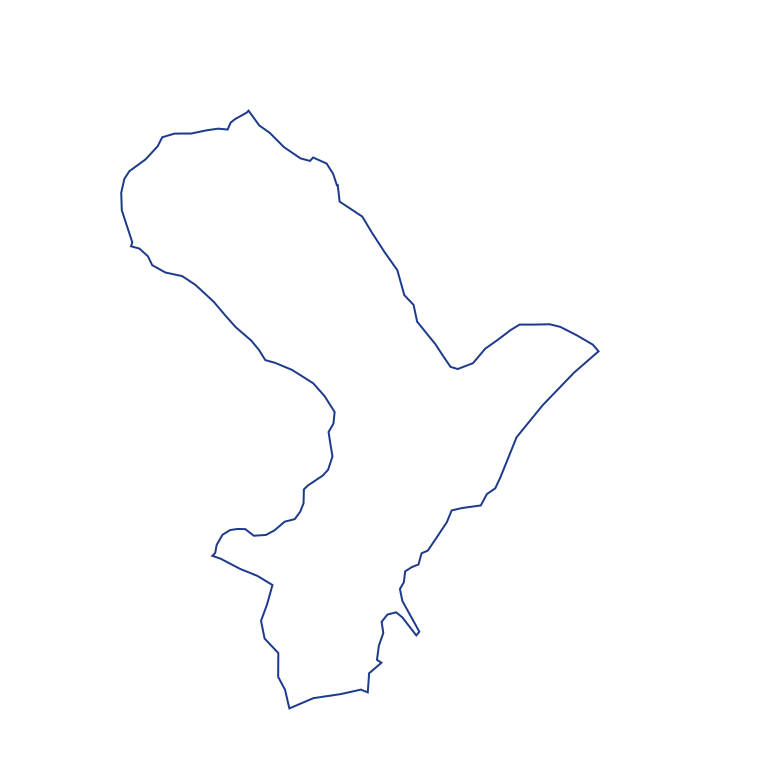 the district of Lemesos, Limassol, Cyprus, rotated 347°
{"feature_id": "46923920B90408698000356", "entity_name": "Lemesos", "entity_type": "district", "adm_level": 2, "iso_a3": "CYP", "parent_name": "Cyprus", "parent_adm1": "Limassol", "projection": "albers", "projection_center": [33.018, 34.691], "detail": "fine", "context": "isolated", "style": "outline", "palette": "blue", "viewbox_px": 768, "rotation_deg": 347, "n_neighbors": 0, "source": "geoboundaries", "source_scale": "gbopen_adm2", "svg_char_len": 1884}
<svg xmlns="http://www.w3.org/2000/svg" viewBox="0 0 768 768"><g transform="rotate(347 384 384)"><path d="M298.8,680.8L301.0,673.8L304.4,662.5L318.8,655.0L315.1,651.2L320.2,637.7L327.3,626.5L328.2,615.2L335.5,609.4L344.5,609.2L349.3,615.4L358.9,636.2L362.7,633.3L353.1,599.6L353.4,587.3L358.7,581.7L362.5,571.3L369.8,568.7L377.0,567.6L382.5,557.4L389.2,556.2L402.5,543.8L414.2,532.7L421.5,522.4L432.0,522.4L451.0,524.1L459.5,514.4L468.9,510.7L476.3,501.3L501.2,465.7L533.5,440.6L571.5,415.8L600.4,400.4L600.2,400.1L596.4,392.7L582.8,379.9L568.6,368.0L559.0,363.1L545.7,360.3L542.8,359.7L529.5,356.6L519.3,360.0L515.2,361.9L503.2,367.2L490.7,372.3L475.4,383.7L459.2,386.0L452.7,382.3L447.6,369.2L443.1,356.9L430.3,330.7L430.6,313.6L423.8,302.0L422.6,276.1L414.4,256.1L406.2,233.6L400.5,216.0L381.8,196.3L383.8,178.7L382.9,180.8L381.7,167.7L377.7,156.3L365.9,147.4L362.0,150.0L353.3,145.3L339.8,130.7L329.2,113.6L320.6,104.0L314.4,89.3L313.5,87.2L311.3,88.7L298.4,92.4L293.4,94.8L288.9,100.9L279.9,97.9L268.3,96.9L252.7,96.6L236.3,92.9L223.4,93.7L217.0,101.4L202.2,111.5L183.7,119.4L177.1,125.8L170.9,138.7L170.9,138.9L167.6,155.8L169.7,179.1L170.6,189.4L168.5,192.9L176.1,197.0L182.7,206.4L184.9,216.1L196.1,226.2L211.6,233.5L222.3,244.7L228.9,254.2L236.8,266.0L245.3,282.5L252.3,295.3L264.4,311.8L269.8,322.6L273.7,334.0L282.8,339.0L297.6,349.6L315.2,367.4L323.4,382.5L329.6,400.1L325.9,411.1L319.2,418.3L318.2,431.6L317.5,443.0L310.2,455.0L303.8,459.4L286.9,465.8L282.2,468.7L278.8,482.1L273.6,489.6L266.6,495.6L256.2,495.8L244.3,502.0L235.1,504.5L223.1,502.6L216.2,494.2L208.7,492.3L201.2,491.7L192.7,494.6L184.8,503.1L181.5,510.7L178.1,512.8L185.4,517.4L202.1,531.7L217.6,542.6L230.1,554.8L220.5,572.4L210.9,587.1L210.4,605.2L220.5,622.4L215.0,645.5L218.8,659.8L218.8,678.8L244.5,674.2L271.8,676.4L292.7,676.6L298.8,680.8Z" fill="none" stroke="#1e3a8a" stroke-width="2"/></g></svg>